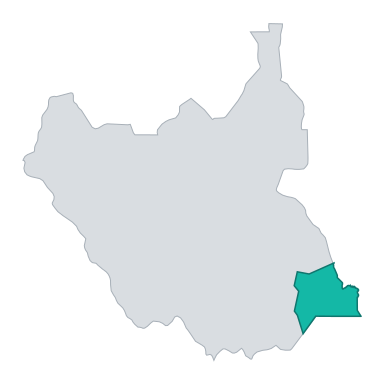 location of Kapoeta East, Eastern Equatoria, South Sudan
{"feature_id": "79223893B62671962917549", "entity_name": "Kapoeta East", "entity_type": "district", "adm_level": 2, "iso_a3": "SSD", "parent_name": "South Sudan", "parent_adm1": "Eastern Equatoria", "projection": "equal_earth", "projection_center": [35.583, 5.094], "detail": "fine", "context": "in_parent", "style": "filled", "palette": "teal", "viewbox_px": 384, "rotation_deg": 0, "n_neighbors": 0, "source": "geoboundaries", "source_scale": "gbopen_adm2", "svg_char_len": 6364}
<svg xmlns="http://www.w3.org/2000/svg" viewBox="0 0 384 384"><path d="M304.2,332.1L292.4,347.9L291.6,348.9L290.2,350.1L285.4,350.2L280.5,349.4L276.0,345.3L271.4,348.4L268.5,349.4L266.8,349.8L262.7,350.3L257.0,352.0L254.4,354.1L253.0,355.8L251.8,358.9L251.2,359.2L250.2,358.9L248.7,357.6L245.7,355.8L244.1,351.9L242.7,349.5L241.5,348.3L236.7,352.2L234.3,353.1L232.4,353.0L228.9,350.8L225.0,348.9L223.0,348.9L220.0,351.3L216.6,354.8L214.8,358.3L213.9,360.4L212.7,357.2L211.6,355.2L210.0,354.4L206.7,355.2L205.9,354.1L205.8,351.4L205.3,348.9L204.5,347.0L202.0,345.1L195.5,341.3L190.5,333.8L188.0,330.2L186.2,328.0L183.6,322.0L180.6,317.9L177.1,316.0L174.7,317.0L172.2,321.3L167.6,325.5L165.5,325.6L162.8,323.4L159.4,321.8L153.3,321.1L150.8,323.0L147.5,326.2L144.7,328.1L143.0,328.3L141.4,327.6L139.5,327.2L137.9,327.1L134.7,324.2L133.0,322.1L131.9,320.0L130.1,318.7L127.9,317.5L126.4,315.7L125.6,313.4L124.4,310.5L122.8,307.9L117.9,303.2L116.4,300.4L115.4,297.7L113.4,294.7L111.2,290.7L110.6,284.9L110.5,280.2L110.0,278.0L109.1,275.8L108.1,274.0L106.3,271.9L102.3,268.9L98.1,265.4L96.1,263.3L92.3,262.6L90.1,260.6L88.2,256.2L87.4,252.7L85.5,249.9L84.7,247.9L84.3,245.7L85.8,238.7L83.6,236.2L80.3,233.0L78.0,229.6L76.6,226.3L72.4,222.1L63.2,215.8L57.9,211.7L55.0,208.1L52.5,204.6L52.2,203.1L53.9,199.6L54.2,196.6L52.9,193.4L47.4,187.4L43.0,180.7L39.7,178.6L31.7,176.8L29.4,176.0L27.0,174.8L24.7,171.8L23.9,168.2L25.1,162.6L24.4,160.8L23.0,160.4L23.4,159.2L25.0,156.4L27.5,154.6L34.1,151.8L34.5,150.7L34.7,147.2L35.2,145.5L37.6,140.6L37.9,138.6L38.1,134.4L38.4,132.5L39.1,131.1L40.9,128.6L41.6,127.2L41.9,124.0L41.8,117.6L42.7,115.1L47.0,109.4L48.1,106.8L48.5,104.5L48.5,102.2L48.8,99.9L50.0,97.7L51.1,97.0L54.2,96.3L56.3,96.7L71.0,92.8L72.7,93.3L73.4,95.7L73.3,99.4L73.5,101.2L74.3,102.5L76.6,104.2L78.2,107.2L79.1,108.3L81.4,110.3L92.1,127.2L95.2,128.8L98.2,128.2L104.1,124.7L107.1,123.8L127.9,124.8L130.2,124.3L130.3,124.4L133.4,132.9L134.9,134.8L157.7,134.9L157.2,132.5L157.5,129.8L161.6,124.6L162.2,124.0L165.7,121.5L169.1,119.8L175.7,117.9L178.2,114.8L179.5,112.0L179.6,106.5L180.5,105.6L182.1,104.3L189.7,99.3L191.0,98.3L204.4,109.8L211.9,118.9L212.4,119.3L212.8,119.5L213.2,119.2L213.5,118.8L214.4,118.3L217.7,118.2L223.8,117.8L225.8,116.7L238.2,100.5L241.3,95.3L242.1,94.2L243.9,90.6L245.8,84.2L246.2,83.5L259.7,68.3L260.2,67.1L260.3,66.2L258.3,61.1L257.9,58.5L257.8,54.5L258.2,48.3L258.1,44.3L257.9,43.3L257.8,43.1L250.4,31.9L269.3,31.8L269.3,30.4L269.3,30.0L268.9,28.6L268.7,26.8L268.7,25.9L268.9,24.9L268.9,24.4L268.8,24.0L268.8,23.8L268.9,23.6L282.5,23.9L282.3,27.0L280.6,34.4L280.7,38.9L280.2,43.9L279.8,45.4L279.1,46.7L278.8,47.3L278.8,47.8L281.6,76.3L281.4,77.5L280.6,79.3L280.4,79.8L280.4,80.3L280.7,80.6L286.9,83.7L287.2,83.9L287.5,84.1L289.7,87.8L302.1,101.3L302.5,102.0L303.8,106.2L303.9,106.9L303.9,107.9L303.9,108.7L303.6,111.2L303.7,112.4L303.9,113.1L304.1,114.0L304.1,114.3L304.0,114.9L302.1,119.8L301.5,123.3L301.3,126.3L301.4,128.0L301.6,129.1L301.8,129.5L302.0,129.7L307.3,129.7L307.3,131.3L308.0,157.0L308.0,159.9L307.8,163.6L307.1,165.0L305.6,167.0L303.7,168.9L298.9,169.4L294.9,169.3L292.0,168.9L288.1,168.7L284.5,169.2L283.1,170.7L278.2,184.5L276.7,187.9L276.3,189.9L276.8,191.1L278.7,192.8L282.8,195.2L287.6,196.7L291.1,197.3L293.6,198.0L295.4,198.7L302.2,204.9L304.4,207.8L305.6,210.4L305.8,213.1L306.8,215.9L313.0,224.5L318.9,228.5L321.1,233.1L323.3,235.3L325.3,237.7L326.4,241.3L329.0,251.7L330.7,257.1L332.4,261.5L333.2,268.7L334.5,272.0L336.0,275.9L338.3,279.5L340.9,282.2L341.3,282.9L315.8,316.6L304.2,332.1Z" fill="#d9dde1" stroke="#a8b0b8" stroke-width="1"/><path d="M297.4,315.3L303.1,333.7L304.6,331.6L313.7,319.0L315.7,316.2L333.8,316.3L344.1,316.3L351.6,316.3L360.9,316.3L361.0,316.2L360.9,316.1L357.3,310.4L357.2,298.7L357.2,297.7L357.3,297.6L357.3,297.4L357.5,297.4L357.5,297.2L357.8,296.9L357.8,296.7L357.9,296.4L358.0,296.3L358.1,296.2L358.3,296.1L358.3,295.9L358.3,295.7L358.4,295.4L358.5,295.4L358.5,295.2L358.4,295.1L358.5,295.0L358.5,294.9L358.4,294.8L358.4,294.7L358.3,294.4L358.2,294.2L358.0,293.9L357.8,293.8L357.7,293.7L357.6,293.2L357.5,292.9L357.4,292.8L357.4,292.6L357.4,292.3L357.4,292.2L357.4,291.9L357.4,291.7L357.5,291.7L357.6,291.4L357.8,291.3L357.8,291.2L358.0,291.1L358.0,290.9L358.2,290.7L358.3,290.7L358.3,290.4L358.4,290.2L358.5,290.2L358.5,289.9L358.4,289.8L358.4,289.6L358.3,289.4L358.2,289.3L357.9,289.3L357.9,289.2L357.8,288.9L357.7,288.8L357.4,288.8L357.2,288.7L357.0,288.4L356.9,288.4L356.5,288.4L356.4,288.3L356.3,288.2L356.2,288.1L355.9,287.9L355.8,288.0L355.9,288.3L355.8,288.2L355.7,288.2L355.4,287.9L355.4,287.7L355.4,287.4L355.2,287.3L355.1,287.2L355.1,287.3L355.0,287.2L354.9,287.2L354.8,287.3L354.7,287.3L354.6,287.2L354.5,287.4L354.5,287.1L354.5,286.9L354.4,286.8L354.3,286.7L354.2,286.8L354.1,286.7L353.9,286.7L353.7,286.7L353.5,286.8L353.4,286.7L353.4,286.8L353.3,286.7L353.2,286.7L353.2,286.8L352.8,286.8L352.7,286.9L352.6,286.7L352.4,286.6L352.3,286.8L352.1,286.8L351.9,287.0L351.7,287.0L351.5,286.9L351.5,286.7L351.4,286.5L351.5,286.5L351.4,286.4L351.5,286.3L351.5,286.2L351.4,286.2L351.2,286.2L351.1,286.3L350.9,286.4L350.9,286.2L350.7,286.1L350.7,285.9L350.5,285.7L350.4,285.8L350.2,285.8L350.2,285.7L350.1,285.8L349.9,285.9L349.7,285.8L349.4,285.7L349.2,285.5L348.9,285.5L348.7,285.6L348.4,285.5L348.2,285.5L347.9,285.7L347.7,285.7L347.6,285.8L347.4,286.0L347.2,286.1L347.1,286.3L346.9,286.4L346.9,286.5L346.7,286.6L346.6,286.8L346.6,286.7L346.5,286.8L346.4,286.8L346.4,287.0L346.2,287.1L346.0,287.3L345.9,287.4L345.8,287.5L345.7,287.5L345.5,287.8L345.4,287.8L345.2,287.9L344.9,287.9L344.7,287.9L344.5,288.0L344.3,288.1L344.2,288.2L344.1,288.3L343.8,288.4L343.6,288.6L343.5,288.8L343.3,288.9L343.1,288.9L342.6,288.9L342.3,288.4L342.3,288.2L342.2,288.1L342.1,287.9L342.1,287.7L342.2,287.1L342.2,286.9L342.2,286.7L342.1,286.4L342.1,285.9L342.1,285.6L342.1,285.3L342.1,285.2L342.3,284.9L342.4,284.6L342.4,284.3L342.4,284.2L342.5,284.0L342.5,283.9L342.4,283.7L342.5,283.4L342.5,283.2L342.4,283.0L342.4,282.8L342.4,282.7L337.3,277.6L337.3,275.8L337.3,275.3L334.8,269.4L333.6,267.2L333.6,266.7L333.6,266.3L333.7,265.8L333.6,265.6L333.4,265.3L333.4,264.9L333.4,264.5L333.5,264.2L333.6,263.8L333.7,263.7L333.8,263.6L333.9,263.3L334.0,263.2L334.0,262.9L309.1,274.0L297.3,271.8L294.2,285.7L298.7,291.2L294.4,311.1L297.4,315.3Z" fill="#14b8a6" stroke="#0f766e" stroke-width="1.5"/></svg>